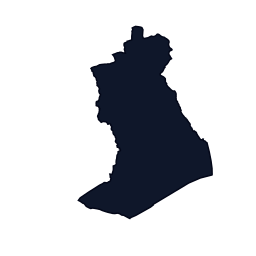 Njombe, Njombe, United Republic of Tanzania, rotated 59°
{"feature_id": "72390352B62498272724852", "entity_name": "Njombe", "entity_type": "district", "adm_level": 2, "iso_a3": "TZA", "parent_name": "United Republic of Tanzania", "parent_adm1": "Njombe", "projection": "mercator", "projection_center": [35.063, -9.284], "detail": "fine", "context": "isolated", "style": "filled", "palette": "ink", "viewbox_px": 256, "rotation_deg": 59, "n_neighbors": 0, "source": "geoboundaries", "source_scale": "gbopen_adm2", "svg_char_len": 5657}
<svg xmlns="http://www.w3.org/2000/svg" viewBox="0 0 256 256"><g transform="rotate(59 128 128)"><path d="M124.2,69.7L123.7,69.3L122.6,69.0L120.7,68.9L120.1,69.2L119.6,70.3L119.0,70.8L117.5,71.4L115.6,71.9L114.9,72.0L113.7,72.4L112.8,72.6L111.2,72.7L110.1,72.4L109.8,72.0L107.9,72.3L105.0,70.7L104.0,70.8L102.7,71.2L101.9,71.6L100.5,72.5L99.3,73.1L98.7,72.9L98.4,72.9L98.2,72.8L97.6,71.0L97.5,69.9L97.3,69.5L97.4,69.4L96.8,68.3L96.0,67.1L95.6,66.5L95.0,66.0L95.2,65.8L95.1,65.1L94.0,64.7L93.6,63.8L93.5,62.6L93.2,61.4L92.4,59.7L91.0,57.2L91.0,55.0L90.1,55.0L89.4,55.1L87.5,55.0L86.2,55.1L85.3,54.8L84.5,54.2L83.9,53.4L83.6,52.9L83.5,52.4L83.7,51.0L83.7,50.1L83.4,49.9L82.7,50.0L80.4,51.0L79.1,50.8L77.8,50.5L77.1,50.1L76.4,49.6L75.8,48.8L75.3,48.5L74.7,48.2L74.0,48.2L73.4,48.3L71.4,49.0L70.5,49.6L69.1,50.1L68.6,50.5L68.2,51.0L67.9,51.4L67.6,51.6L67.3,51.8L67.1,52.0L65.4,52.8L64.1,53.2L63.5,53.6L63.0,54.0L62.7,54.6L62.7,54.9L63.1,56.1L63.2,57.2L62.9,58.8L62.2,59.8L61.7,60.2L61.3,60.6L61.1,62.2L61.1,63.2L60.8,65.0L60.4,65.8L59.8,67.8L58.4,68.7L56.4,68.1L55.0,67.1L53.0,65.7L51.5,64.6L49.1,64.4L48.1,65.2L46.6,66.9L44.8,69.2L44.5,71.6L44.5,72.9L44.9,72.9L46.0,73.2L46.5,73.6L46.8,74.3L47.5,75.0L48.3,75.2L51.3,77.5L53.8,79.0L54.4,79.6L54.0,81.2L53.8,82.2L53.3,83.9L53.5,83.9L53.8,84.9L53.4,87.0L53.5,87.7L54.4,87.8L54.7,88.3L54.6,88.5L55.3,88.9L56.5,89.0L57.1,89.1L57.8,89.5L58.5,90.5L59.5,90.8L62.4,91.7L61.6,92.8L61.3,93.6L61.0,93.6L59.7,94.7L58.8,96.1L58.8,97.0L58.3,97.8L57.9,99.4L57.8,101.4L57.6,101.4L57.4,102.3L57.3,103.4L58.7,103.1L60.7,103.2L63.7,104.0L64.1,104.3L64.4,104.7L64.5,105.1L64.6,106.3L63.8,109.2L63.9,110.1L63.6,110.8L62.5,112.7L62.3,113.5L61.4,114.9L59.7,118.5L59.4,119.4L59.1,120.1L59.2,120.7L59.0,122.7L59.1,123.1L58.7,123.9L58.4,124.8L58.1,125.4L58.1,125.8L57.7,127.7L57.8,128.7L57.9,129.1L58.2,129.1L58.4,129.0L59.0,129.0L60.0,129.2L60.5,129.6L61.1,129.2L62.1,129.1L63.0,129.2L63.4,129.6L63.8,129.8L64.3,129.8L64.8,129.7L65.4,130.3L65.9,130.3L66.4,130.1L66.8,129.8L68.8,129.6L69.7,129.9L70.3,130.2L70.8,130.3L71.6,130.2L72.0,130.3L72.7,130.8L73.1,131.3L73.8,131.6L75.1,132.1L75.6,132.6L76.2,132.4L77.0,132.0L78.3,132.0L79.0,132.2L79.5,132.1L79.8,132.3L80.3,132.7L80.4,133.1L81.2,133.9L81.6,134.0L81.9,133.9L82.2,134.0L82.3,134.3L83.4,134.5L84.0,134.5L84.7,134.1L84.9,134.2L85.3,134.5L85.5,134.5L86.1,135.4L86.2,135.7L87.6,137.3L88.4,137.6L88.8,138.0L89.1,138.9L89.2,139.4L89.7,139.4L89.9,139.5L90.0,139.8L89.9,140.7L89.2,141.1L89.3,141.7L89.6,141.9L90.3,142.5L91.2,142.9L92.3,143.6L92.4,143.4L93.2,143.2L93.2,142.9L93.7,142.4L94.1,142.4L94.6,142.2L95.1,142.3L95.3,142.1L95.7,142.0L96.3,142.5L96.7,142.6L97.2,142.3L97.4,143.1L98.3,143.4L98.5,143.7L99.3,144.4L99.5,144.6L99.9,144.6L100.2,144.9L100.1,145.0L100.4,145.5L100.7,145.6L100.8,146.1L101.3,146.1L101.6,146.6L101.5,147.1L102.0,147.7L102.4,148.0L102.8,148.2L103.4,148.2L103.8,147.9L104.0,147.9L104.5,148.5L105.0,148.5L105.4,148.7L105.6,148.9L107.0,148.5L107.9,148.3L108.7,148.2L109.3,148.0L109.4,147.2L109.6,146.0L110.8,144.4L111.2,143.8L111.9,143.5L112.3,143.2L112.7,143.2L114.0,143.3L114.4,143.3L114.5,143.1L114.2,142.7L114.3,142.3L114.7,142.1L114.8,141.8L115.1,141.4L116.0,141.0L117.0,141.4L118.4,141.2L119.1,141.6L119.5,142.3L120.3,142.8L120.9,143.0L121.4,142.9L122.3,142.5L122.9,142.4L124.1,143.1L124.8,143.4L125.9,143.6L127.9,143.1L129.7,143.6L131.1,143.6L131.3,143.7L132.4,145.1L133.1,145.7L134.2,145.7L134.9,145.5L135.6,145.2L136.2,145.1L136.7,145.2L137.0,145.4L137.2,146.4L138.0,146.3L138.4,147.0L138.7,147.1L139.0,147.0L139.5,146.4L139.8,145.9L140.3,145.7L140.7,145.6L141.3,146.2L141.6,146.1L141.8,145.7L142.5,145.7L143.2,145.9L143.5,146.4L143.3,147.1L143.3,147.9L143.4,148.9L143.8,148.9L144.8,149.7L145.4,150.7L145.7,151.4L148.5,153.5L149.1,154.2L149.8,154.8L151.2,155.8L151.9,156.1L152.5,156.3L152.8,156.6L153.4,157.7L153.0,160.2L155.0,161.3L156.9,162.5L157.2,163.1L158.1,163.9L158.6,164.6L159.5,165.3L159.6,165.9L158.7,166.6L158.2,167.3L159.5,167.7L161.0,168.5L161.4,168.5L161.4,168.4L161.4,168.5L161.9,168.4L162.7,168.7L163.4,169.5L163.9,170.1L164.1,170.3L164.4,170.9L164.4,171.9L164.1,172.5L164.4,173.3L164.1,174.1L164.2,174.5L163.4,175.2L162.5,176.5L162.7,178.4L162.4,181.7L162.7,194.5L163.2,203.6L163.3,205.0L164.5,207.8L166.3,206.7L169.4,205.3L170.1,204.5L171.0,204.4L173.7,204.1L176.5,202.4L177.8,201.4L178.4,199.5L181.3,196.1L183.3,194.0L185.6,192.4L188.5,189.9L190.2,188.3L193.5,184.9L194.6,183.2L195.2,181.7L195.8,180.5L197.3,179.2L199.4,178.2L200.6,176.6L205.5,173.7L206.5,173.0L206.1,172.1L206.3,171.6L206.2,171.1L206.4,170.1L206.9,166.2L207.4,149.4L207.0,146.1L206.4,146.1L206.4,104.3L208.1,91.6L211.5,80.2L211.0,79.7L209.7,79.0L205.9,76.8L198.7,73.7L190.1,70.6L181.3,67.9L180.9,68.1L180.5,68.4L178.9,68.7L178.4,69.1L177.9,69.8L177.0,69.8L176.3,69.2L176.0,69.6L176.3,70.0L176.1,70.9L175.7,71.5L175.1,71.8L173.9,72.0L172.0,72.0L171.2,72.0L170.7,72.2L170.2,72.2L169.6,72.1L169.2,72.1L168.8,72.0L168.3,72.3L167.3,71.8L166.8,71.8L166.6,72.1L166.2,72.1L166.0,72.3L165.6,72.3L165.4,72.4L165.2,72.7L164.6,72.8L164.8,73.4L164.5,73.8L163.2,73.8L162.3,73.7L162.0,73.6L161.8,73.7L161.5,73.5L161.0,73.4L160.8,73.6L160.2,73.7L158.3,73.7L157.7,73.6L157.1,73.0L156.6,72.8L156.2,72.8L155.5,72.8L154.3,73.1L153.2,73.0L152.8,73.3L152.4,73.3L152.0,73.1L151.5,73.2L151.2,73.1L150.7,73.2L150.2,73.5L149.4,73.4L148.2,74.0L146.9,74.1L146.0,74.2L145.5,74.4L144.2,74.4L143.5,74.5L141.1,74.4L140.2,73.4L139.8,73.4L138.9,73.4L138.4,73.2L137.5,72.8L136.8,72.8L135.2,72.9L134.6,72.6L133.8,72.4L133.1,72.5L131.8,72.5L131.1,72.1L130.7,72.1L130.1,72.3L128.7,72.2L128.2,72.1L127.8,71.7L126.5,71.2L126.0,70.7L124.2,69.7Z" fill="#0f172a" stroke="#020617" stroke-width="1.5"/></g></svg>